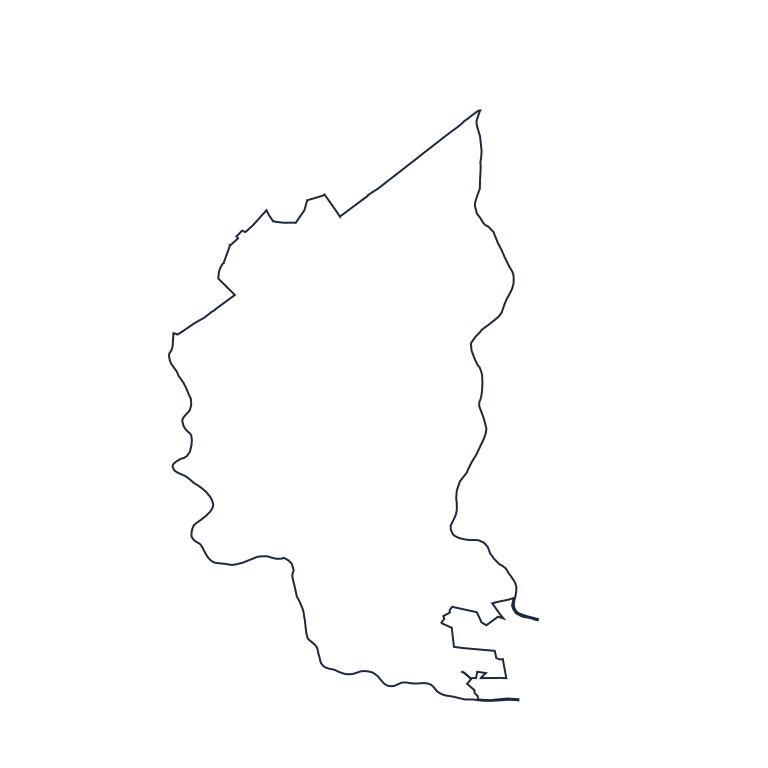 Ceraukstes pag., Bauska, Latvia, rotated 196°
{"feature_id": "27541924B26132540947548", "entity_name": "Ceraukstes pag.", "entity_type": "district", "adm_level": 2, "iso_a3": "LVA", "parent_name": "Latvia", "parent_adm1": "Bauska", "projection": "mercator", "projection_center": [24.276, 56.363], "detail": "fine", "context": "isolated", "style": "outline", "palette": "slate", "viewbox_px": 768, "rotation_deg": 196, "n_neighbors": 0, "source": "geoboundaries", "source_scale": "gbopen_adm2", "svg_char_len": 6137}
<svg xmlns="http://www.w3.org/2000/svg" viewBox="0 0 768 768"><g transform="rotate(196 384 384)"><path d="M167.6,117.0L168.0,118.1L169.3,117.7L176.5,116.2L178.9,115.6L183.4,113.9L187.0,112.4L188.0,112.1L190.3,111.1L194.0,109.6L199.6,108.2L203.3,107.4L205.6,106.9L206.9,107.0L207.8,109.7L211.7,111.9L212.8,114.4L212.7,114.6L221.5,118.7L219.0,124.0L219.4,124.4L220.3,125.0L221.2,125.5L222.2,126.0L223.2,126.5L227.4,128.3L228.1,128.5L228.8,128.7L229.6,128.8L229.5,129.0L228.6,128.9L228.1,128.8L227.7,128.7L227.2,128.6L223.2,126.8L222.2,126.3L221.1,125.8L220.5,125.4L219.9,125.0L214.5,126.7L215.0,133.1L206.4,134.2L208.9,130.0L209.7,128.7L210.0,128.0L210.0,127.9L209.4,128.1L205.0,129.4L203.9,129.7L200.5,130.7L199.1,131.1L197.5,131.6L195.4,132.2L193.9,132.6L193.7,132.9L185.3,134.9L194.0,152.3L196.8,151.1L200.6,151.6L204.0,158.0L235.0,152.0L244.3,150.6L251.7,168.4L255.1,168.8L257.2,169.1L258.9,169.4L261.9,169.8L263.0,170.4L261.3,175.0L263.0,177.2L257.7,182.5L258.5,184.8L257.1,188.6L231.9,190.2L226.1,183.6L224.8,181.8L219.1,180.3L211.6,190.0L210.4,191.7L206.5,191.7L204.6,191.6L205.7,192.4L206.9,193.1L208.3,194.2L210.6,195.9L214.7,199.2L219.5,203.0L217.1,204.4L216.0,205.2L204.9,211.0L200.5,213.9L200.2,211.2L199.8,206.3L199.3,205.5L197.7,203.2L196.5,202.3L195.8,201.7L195.2,201.1L194.5,200.4L193.3,199.8L192.7,199.6L191.4,199.5L190.1,199.2L188.9,198.9L188.6,198.8L187.6,198.8L186.3,198.5L185.7,198.6L185.2,198.6L184.8,198.7L184.2,198.7L183.4,198.8L183.2,199.0L181.9,199.2L181.5,199.1L180.7,199.2L179.8,199.4L179.4,199.1L178.6,199.2L177.8,199.4L174.7,199.2L174.4,199.1L171.9,199.2L171.2,199.2L171.1,200.4L174.4,200.4L183.1,200.2L188.6,200.5L191.6,200.8L194.9,202.4L197.0,204.8L198.1,206.4L199.1,211.8L199.1,216.0L199.8,221.4L200.9,225.7L203.6,229.6L208.5,233.8L212.1,236.5L215.8,240.1L219.8,241.8L222.2,242.3L223.8,242.8L230.5,246.6L232.3,248.2L233.8,249.3L235.1,250.2L239.2,255.8L243.8,258.9L249.4,259.8L251.5,259.6L259.1,257.6L262.2,257.0L269.2,256.6L273.9,257.4L276.3,258.5L279.6,262.3L280.9,266.0L279.1,276.2L279.0,279.5L279.3,283.1L281.3,289.9L282.6,292.7L283.3,294.9L284.7,301.9L284.1,311.7L281.1,318.8L279.8,322.2L279.9,323.5L278.3,332.5L275.8,341.5L272.8,359.7L272.6,365.0L273.2,369.0L276.0,374.2L279.1,379.1L283.6,385.2L286.4,389.0L287.4,393.0L287.0,395.6L287.1,398.9L287.8,404.2L289.8,412.5L292.1,419.5L294.1,422.9L296.7,426.4L299.2,428.0L303.3,432.6L309.1,440.3L311.7,447.1L309.2,454.4L306.3,459.8L304.8,463.3L300.4,469.0L298.1,472.1L295.3,476.0L292.4,480.3L291.7,482.1L290.6,485.2L290.1,494.2L289.6,498.6L288.9,501.8L287.6,507.7L287.1,511.5L287.2,516.6L288.5,521.5L289.6,524.4L291.3,527.0L293.8,529.5L296.0,531.4L304.2,540.6L305.4,542.1L307.2,544.4L313.3,550.8L316.3,554.7L318.8,557.8L320.3,560.1L327.0,564.0L330.8,564.8L333.8,566.9L337.0,570.0L341.6,573.3L345.8,580.4L346.4,583.4L346.4,588.9L345.7,598.1L347.6,605.3L349.3,612.7L351.0,619.7L352.5,623.8L353.0,628.1L354.3,634.6L359.9,648.4L366.2,658.4L367.6,662.5L367.2,671.4L366.9,673.5L368.6,672.8L373.9,665.9L375.8,663.3L377.1,661.5L379.3,658.8L380.7,656.3L381.5,654.9L385.3,649.7L388.2,646.0L391.6,641.5L394.0,638.3L402.8,626.2L410.3,616.0L413.9,610.9L417.7,605.6L418.6,604.5L429.7,589.2L436.4,580.1L443.8,569.9L444.6,569.0L446.5,566.9L451.4,561.2L451.6,560.2L459.4,550.0L466.7,540.4L472.5,532.8L472.5,532.7L477.7,537.2L478.6,537.9L493.3,549.7L493.4,549.8L495.1,547.9L500.3,544.6L508.5,539.4L508.4,531.8L508.4,529.1L513.3,514.6L516.4,513.9L524.0,511.6L525.8,511.2L531.7,510.2L531.9,510.1L535.4,510.1L535.5,509.9L541.2,514.7L544.9,518.6L553.8,500.3L555.4,497.8L558.7,492.4L559.0,492.1L559.6,491.9L560.0,491.8L562.4,492.4L562.6,492.3L562.9,492.0L563.2,491.4L564.7,488.4L566.0,486.1L566.5,485.3L564.4,483.7L570.3,474.5L570.5,474.6L570.3,473.5L570.5,470.6L571.5,456.3L571.4,456.2L572.3,455.0L573.4,450.2L573.5,446.1L573.1,443.5L572.3,439.6L562.1,434.1L558.6,432.1L555.5,430.5L551.9,428.4L553.6,426.3L559.5,418.7L562.6,414.7L566.3,409.9L567.6,407.7L569.5,405.9L575.2,398.0L577.2,396.1L579.2,394.0L583.3,389.8L592.4,378.7L595.7,375.1L596.4,374.6L596.5,374.7L596.8,374.8L597.4,374.9L598.0,374.9L598.5,375.0L599.0,374.9L599.3,374.5L600.4,374.7L597.6,362.3L597.6,357.9L598.8,354.1L598.4,351.7L596.4,347.7L594.1,344.7L591.1,342.4L586.6,338.8L583.8,335.3L580.1,332.3L577.0,329.8L573.1,325.6L569.3,320.8L565.7,316.7L563.8,311.8L563.4,308.2L563.6,304.8L564.9,302.0L566.2,299.6L567.5,296.5L568.0,293.7L567.3,292.1L565.1,288.4L562.8,286.2L560.0,284.4L557.2,283.2L555.2,281.6L553.3,277.3L552.2,272.1L551.9,265.3L553.5,260.6L555.7,258.0L559.2,255.7L562.5,252.0L564.4,249.2L564.7,247.0L563.9,245.5L562.3,243.7L560.6,242.7L558.3,242.0L554.6,241.4L550.4,240.9L546.5,239.7L543.5,238.4L539.7,236.5L535.5,235.4L530.9,233.8L525.5,231.4L519.9,227.6L516.9,224.4L515.0,221.2L514.6,219.0L514.9,216.6L516.0,213.1L518.5,208.6L521.0,205.0L523.6,201.6L526.7,197.7L528.0,195.3L528.4,190.7L527.8,186.9L526.9,184.1L524.8,182.4L523.2,181.3L520.0,180.3L517.7,179.8L515.7,178.8L512.8,176.1L510.8,173.9L506.4,169.5L502.7,167.1L499.9,166.0L497.6,165.6L494.4,166.0L488.9,167.0L485.4,167.5L480.3,168.1L476.8,169.7L470.5,173.3L467.2,175.9L458.0,183.0L454.7,184.4L449.1,186.2L442.7,186.1L438.8,186.4L433.8,188.1L432.8,189.2L430.5,189.0L427.3,188.1L423.3,185.9L421.2,182.9L419.6,180.3L419.5,179.1L419.6,176.6L419.2,174.0L416.7,169.2L414.4,165.3L412.0,160.9L409.4,156.0L407.8,154.2L405.2,151.6L402.0,147.6L400.3,145.6L398.6,142.8L396.9,139.0L395.1,135.4L392.7,129.5L389.4,121.9L387.0,118.2L385.5,117.4L381.2,115.5L379.2,114.6L377.6,113.7L375.7,112.0L374.5,110.2L372.9,107.0L370.4,103.1L369.3,100.8L367.5,98.1L364.4,96.1L362.3,95.4L357.4,95.2L355.4,95.5L352.3,95.6L348.1,94.8L341.9,94.5L337.9,95.2L334.3,96.6L330.6,98.9L327.1,101.4L322.7,103.0L318.3,103.5L315.8,103.5L313.5,103.0L309.3,101.3L304.7,98.1L300.9,95.8L297.3,95.0L293.9,95.4L291.1,96.5L289.7,97.6L284.5,102.0L279.9,103.3L275.7,103.7L270.5,104.9L263.3,107.5L259.1,108.2L255.7,107.8L252.9,106.4L249.2,103.8L246.8,102.6L242.3,101.6L238.4,101.6L231.8,102.5L226.8,102.7L219.3,103.1L216.6,103.8L211.0,105.4L206.2,106.0L200.8,107.0L195.1,108.5L189.3,110.5L185.0,112.0L177.9,114.6L171.7,116.2L167.6,117.0Z" fill="none" stroke="#1e293b" stroke-width="2"/></g></svg>